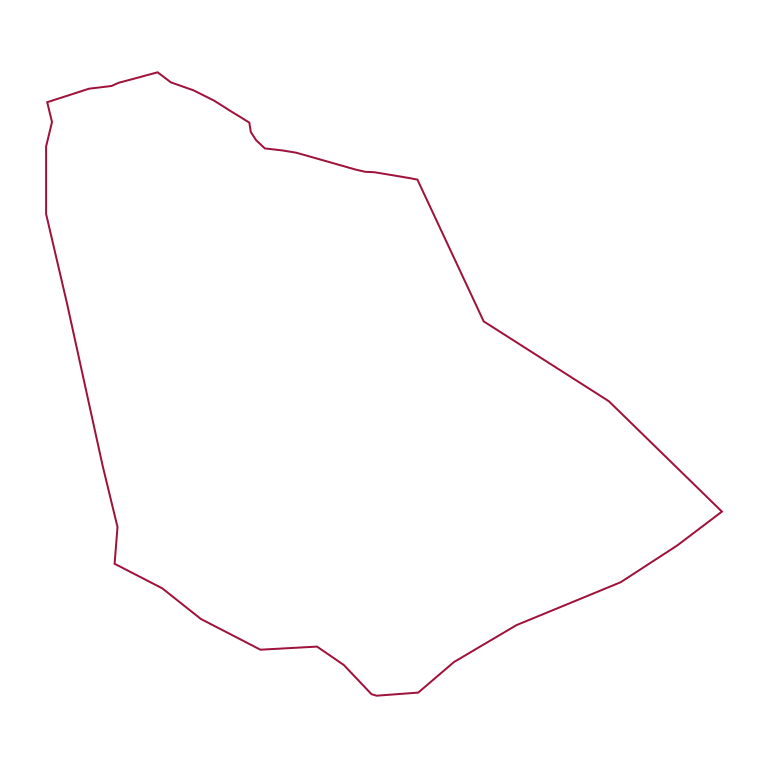 outline of Rose Hill, Castries, Saint Lucia
{"feature_id": "8701671B64973472521789", "entity_name": "Rose Hill", "entity_type": "district", "adm_level": 2, "iso_a3": "LCA", "parent_name": "Saint Lucia", "parent_adm1": "Castries", "projection": "mercator", "projection_center": [-60.986, 14.008], "detail": "fine", "context": "isolated", "style": "outline", "palette": "rose", "viewbox_px": 768, "rotation_deg": 0, "n_neighbors": 0, "source": "geoboundaries", "source_scale": "gbopen_adm2", "svg_char_len": 630}
<svg xmlns="http://www.w3.org/2000/svg" viewBox="0 0 768 768"><path d="M47.2,102.2L52.0,122.0L46.1,146.5L46.1,214.0L66.9,303.0L102.6,465.6L117.5,527.0L114.6,563.8L162.2,588.3L200.9,619.0L260.4,649.7L317.0,646.6L343.8,665.0L371.5,694.2L376.6,695.7L418.2,692.6L454.0,662.0L516.5,625.1L620.7,582.2L677.3,545.4L721.9,511.6L608.8,401.2L483.7,321.4L417.4,179.6L409.5,178.1L374.3,172.2L365.2,171.8L355.3,169.5L296.2,152.7L282.2,150.4L264.8,148.4L256.1,140.2L250.8,132.0L249.3,122.6L230.3,110.9L214.4,100.8L193.2,90.2L170.9,82.4L157.6,72.3L118.6,82.8L111.4,86.0L89.0,88.7L47.2,102.2Z" fill="none" stroke="#9f1239" stroke-width="2"/></svg>